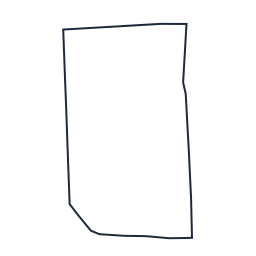 outline of Prampir Meakkakra, Phnom Penh, Cambodia, rotated 4°
{"feature_id": "14789045B12201712082665", "entity_name": "Prampir Meakkakra", "entity_type": "district", "adm_level": 2, "iso_a3": "KHM", "parent_name": "Cambodia", "parent_adm1": "Phnom Penh", "projection": "equal_earth", "projection_center": [104.914, 11.564], "detail": "fine", "context": "isolated", "style": "outline", "palette": "slate", "viewbox_px": 256, "rotation_deg": 4, "n_neighbors": 0, "source": "geoboundaries", "source_scale": "gbopen_adm2", "svg_char_len": 413}
<svg xmlns="http://www.w3.org/2000/svg" viewBox="0 0 256 256"><g transform="rotate(4 128 128)"><path d="M199.5,233.1L195.8,193.5L190.3,146.9L183.2,90.1L179.8,78.6L179.1,20.1L152.8,21.9L56.5,34.3L60.4,70.8L61.6,82.0L64.6,109.3L71.0,169.9L75.1,208.0L84.3,218.4L98.2,233.1L106.8,235.9L132.1,235.8L152.1,234.7L157.8,234.7L176.6,235.1L192.2,233.8L199.5,233.1Z" fill="none" stroke="#1e293b" stroke-width="2"/></g></svg>